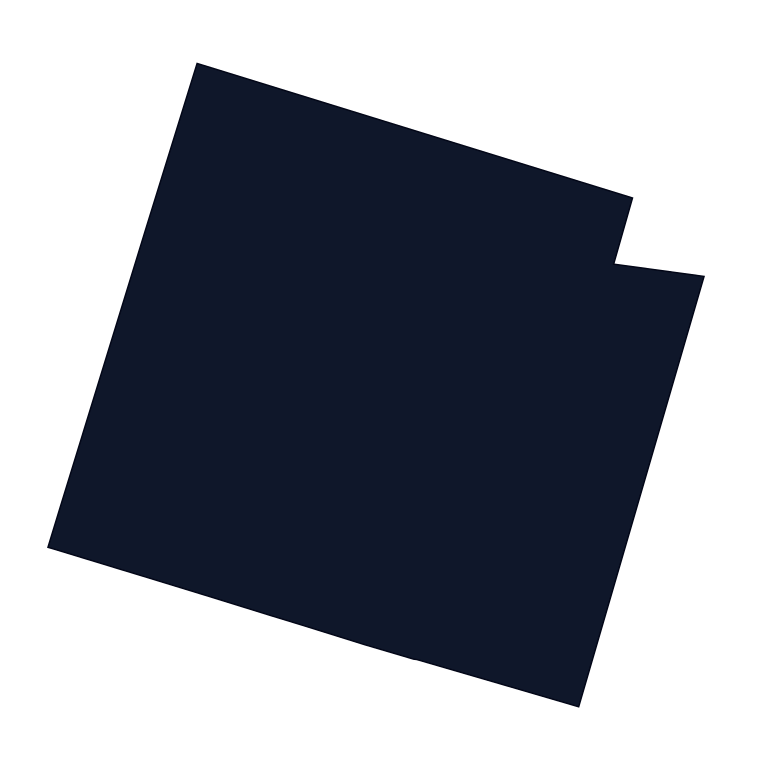 Collin, Texas, United States of America, rotated 16°
{"feature_id": "52423323B10774992912194", "entity_name": "Collin", "entity_type": "district", "adm_level": 2, "iso_a3": "USA", "parent_name": "United States of America", "parent_adm1": "Texas", "projection": "mercator", "projection_center": [-96.632, 33.194], "detail": "fine", "context": "isolated", "style": "filled", "palette": "ink", "viewbox_px": 768, "rotation_deg": 16, "n_neighbors": 0, "source": "geoboundaries", "source_scale": "gbopen_adm2", "svg_char_len": 458}
<svg xmlns="http://www.w3.org/2000/svg" viewBox="0 0 768 768"><g transform="rotate(16 384 384)"><path d="M660.1,640.6L662.0,192.4L571.7,205.5L571.6,136.7L116.0,127.4L112.3,300.5L111.3,353.1L108.2,514.0L108.2,515.1L106.8,587.2L106.0,633.6L111.1,633.6L147.2,634.2L182.9,634.8L183.0,634.8L202.9,635.1L269.7,636.3L339.7,637.8L369.7,638.3L437.5,639.9L488.4,640.3L491.4,639.8L585.6,640.2L660.1,640.6Z" fill="#0f172a" stroke="#020617" stroke-width="1.5"/></g></svg>